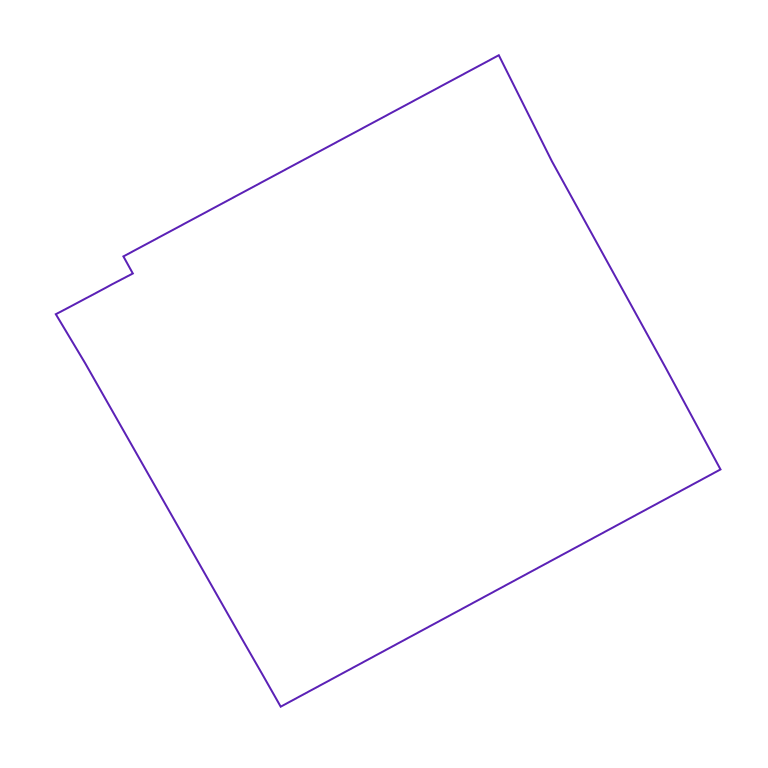 Hillsdale, Michigan, United States of America (Mercator projection), rotated 62°
{"feature_id": "52423323B70338109854849", "entity_name": "Hillsdale", "entity_type": "district", "adm_level": 2, "iso_a3": "USA", "parent_name": "United States of America", "parent_adm1": "Michigan", "projection": "mercator", "projection_center": [-84.638, 41.885], "detail": "fine", "context": "isolated", "style": "outline", "palette": "violet", "viewbox_px": 768, "rotation_deg": 62, "n_neighbors": 0, "source": "geoboundaries", "source_scale": "gbopen_adm2", "svg_char_len": 405}
<svg xmlns="http://www.w3.org/2000/svg" viewBox="0 0 768 768"><g transform="rotate(62 384 384)"><path d="M580.7,627.8L583.7,627.7L620.2,626.7L620.4,626.7L617.4,127.0L501.2,127.7L266.2,131.2L147.6,128.3L149.0,554.2L155.4,554.1L168.5,553.9L168.3,577.1L168.4,584.6L168.4,591.0L168.4,607.8L168.4,625.6L168.3,641.0L225.3,638.1L541.6,629.1L580.7,627.8Z" fill="none" stroke="#5b21b6" stroke-width="2"/></g></svg>